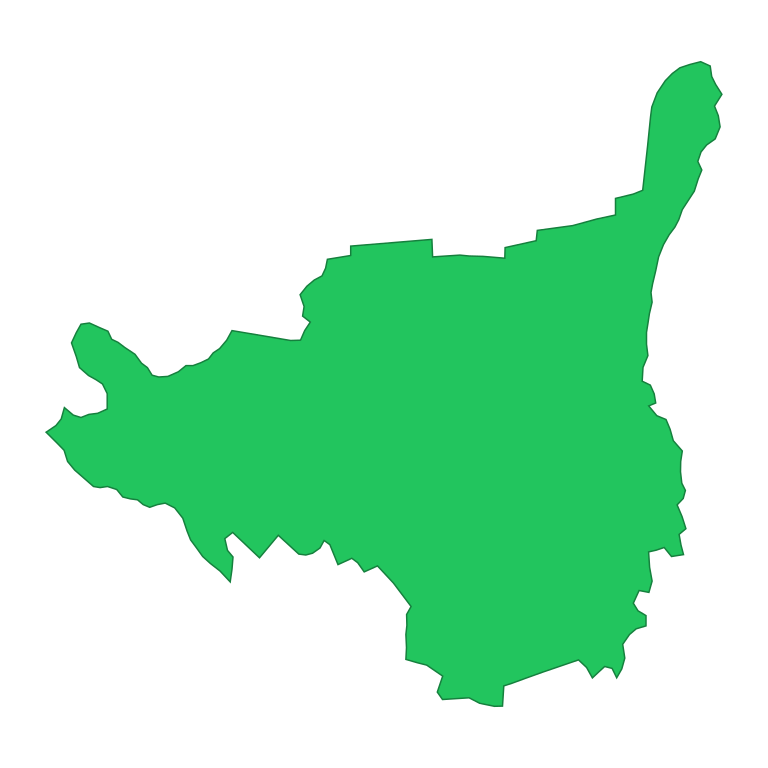 Seara, Santa Catarina, Brazil (Equal Earth projection)
{"feature_id": "56859067B54105310759595", "entity_name": "Seara", "entity_type": "district", "adm_level": 2, "iso_a3": "BRA", "parent_name": "Brazil", "parent_adm1": "Santa Catarina", "projection": "equal_earth", "projection_center": [-52.347, -27.133], "detail": "fine", "context": "isolated", "style": "filled", "palette": "green", "viewbox_px": 768, "rotation_deg": 0, "n_neighbors": 0, "source": "geoboundaries", "source_scale": "gbopen_adm2", "svg_char_len": 2704}
<svg xmlns="http://www.w3.org/2000/svg" viewBox="0 0 768 768"><path d="M694.3,191.2L698.2,178.9L701.8,170.0L697.8,161.4L701.0,152.0L706.6,145.0L715.2,138.9L720.1,126.9L718.3,115.7L714.5,106.1L721.9,94.3L715.6,84.4L711.7,76.5L710.2,66.0L700.7,61.7L689.8,64.5L679.9,67.8L672.3,73.5L665.3,80.7L657.2,92.8L651.8,107.0L650.6,116.4L647.6,145.9L642.7,190.3L633.2,194.1L615.5,198.4L615.5,215.0L596.8,219.0L572.7,225.6L537.3,230.4L536.2,240.7L505.1,247.6L504.8,258.2L483.3,256.4L469.1,256.0L459.9,255.1L432.6,256.9L431.9,239.4L350.7,246.1L350.7,255.5L327.4,259.3L325.6,268.2L322.0,275.9L314.3,280.0L306.9,286.2L300.1,294.7L304.1,306.5L302.6,316.1L310.3,322.1L304.7,330.6L300.5,340.2L290.6,340.5L232.0,330.6L226.7,340.2L219.6,348.6L213.2,352.9L208.5,359.0L200.6,362.8L193.0,365.6L186.0,365.6L178.3,371.8L167.9,376.4L158.8,377.0L152.1,375.2L147.4,367.6L141.5,363.2L135.0,354.3L124.8,347.5L118.1,342.4L111.7,339.3L107.9,331.2L99.3,327.5L89.4,323.0L81.0,324.2L76.3,332.6L71.5,342.9L76.3,356.6L79.5,367.6L88.5,375.5L96.2,379.8L102.5,384.0L107.2,393.6L107.2,409.0L97.7,413.3L88.9,414.4L81.0,417.5L73.3,415.1L64.4,407.6L61.2,419.0L55.9,425.6L46.1,432.2L56.7,442.7L64.1,450.3L67.6,461.5L74.7,470.1L93.5,486.5L100.1,487.6L107.5,486.5L116.7,489.5L122.8,497.0L130.5,498.9L137.5,499.8L143.2,504.6L149.7,507.3L157.4,504.6L165.2,503.1L174.7,507.9L182.8,518.2L187.1,531.1L190.6,539.9L196.6,548.0L202.7,556.5L210.4,563.5L220.0,571.0L230.2,581.9L232.0,569.2L233.0,557.0L227.5,550.4L224.8,538.6L232.7,532.4L259.5,557.8L278.3,535.3L289.1,545.2L298.8,554.1L305.8,555.0L312.6,553.2L320.0,548.0L324.1,540.5L329.9,544.7L338.0,564.6L351.8,558.3L357.7,562.7L364.2,571.9L377.5,565.9L393.4,583.0L411.1,606.5L406.6,614.5L406.9,625.3L405.9,634.5L406.5,647.6L405.9,659.4L417.2,662.7L426.7,665.1L442.7,676.1L437.3,692.1L442.5,699.5L469.1,697.8L479.7,703.3L494.4,706.3L502.5,706.1L503.8,685.9L512.4,683.1L525.5,678.3L542.5,672.2L578.5,659.9L586.6,667.5L592.4,677.9L599.0,671.7L604.7,666.5L612.1,668.4L616.7,677.8L621.8,668.9L624.8,658.1L622.7,644.3L629.5,634.5L636.2,628.8L646.0,625.9L646.0,615.6L638.0,610.8L633.3,603.2L639.1,590.5L648.9,592.4L652.1,581.1L649.6,567.3L648.6,551.9L656.1,550.2L664.2,547.5L671.5,556.5L683.5,554.6L681.0,545.1L679.1,534.4L685.9,528.7L682.1,516.7L677.1,504.9L683.2,498.5L685.4,490.4L681.8,483.2L680.5,471.8L680.7,461.5L682.3,451.0L673.3,440.7L670.1,429.3L666.0,419.5L656.8,415.7L648.7,405.9L655.7,403.0L654.2,393.9L650.3,385.1L642.2,381.2L643.0,367.4L647.9,355.6L646.5,344.2L646.5,332.4L648.0,323.0L649.4,313.7L652.1,302.2L651.0,292.5L652.6,283.8L655.7,270.8L658.6,256.9L663.5,244.6L669.2,234.7L674.9,227.1L678.8,219.6L682.3,209.6L689.0,199.3L694.3,191.2Z" fill="#22c55e" stroke="#15803d" stroke-width="1.5"/></svg>